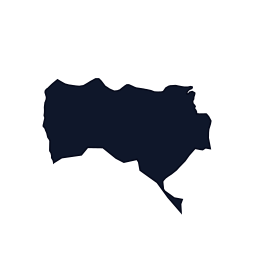 the district of Rehaid Albirdi, Southern Darfur, Sudan, rotated 32°
{"feature_id": "16777658B32181362177213", "entity_name": "Rehaid Albirdi", "entity_type": "district", "adm_level": 2, "iso_a3": "SDN", "parent_name": "Sudan", "parent_adm1": "Southern Darfur", "projection": "natural_earth1", "projection_center": [23.455, 11.002], "detail": "fine", "context": "isolated", "style": "filled", "palette": "ink", "viewbox_px": 256, "rotation_deg": 32, "n_neighbors": 0, "source": "geoboundaries", "source_scale": "gbopen_adm2", "svg_char_len": 2643}
<svg xmlns="http://www.w3.org/2000/svg" viewBox="0 0 256 256"><g transform="rotate(32 128 128)"><path d="M186.6,74.9L181.2,78.4L180.1,78.9L178.6,79.7L177.5,78.1L176.2,77.1L175.0,76.7L174.0,76.2L173.6,75.2L173.5,74.1L172.5,73.6L170.1,72.9L168.4,70.8L168.3,68.7L167.3,66.8L166.7,64.4L166.1,63.0L165.4,62.9L164.4,63.0L163.3,63.0L162.5,63.7L161.4,65.0L161.2,66.9L160.5,67.7L159.8,67.7L159.0,66.5L159.0,64.9L159.4,63.1L160.2,61.9L161.0,60.7L161.1,59.8L160.6,59.2L159.1,59.8L158.0,60.9L157.0,61.8L154.3,63.5L151.8,64.6L148.4,65.9L146.2,66.7L145.5,67.1L143.7,68.4L142.3,69.4L141.7,69.8L141.1,70.4L140.4,71.2L140.2,71.6L139.4,73.1L138.9,74.1L138.8,76.9L138.7,78.0L138.5,78.6L138.2,79.0L137.1,80.0L134.4,81.8L132.8,82.7L131.1,83.6L130.0,83.8L127.9,84.2L127.5,84.3L126.7,84.6L123.3,85.8L122.2,86.3L120.5,86.9L117.5,88.2L114.5,89.5L113.5,89.9L111.2,90.3L110.0,90.4L105.8,91.0L104.2,92.0L103.3,93.9L103.1,94.3L102.7,95.5L102.0,97.3L101.3,99.4L101.2,99.8L100.7,100.5L99.9,101.5L99.5,102.1L99.2,102.3L96.7,104.2L91.8,104.9L88.6,104.8L86.4,104.8L80.3,102.5L77.2,101.8L74.5,103.5L73.7,104.9L72.9,106.4L72.5,107.1L72.2,107.5L71.3,109.2L71.0,109.9L70.3,111.3L69.2,113.4L67.9,115.8L66.0,117.4L64.8,118.5L61.7,120.1L59.9,120.9L59.3,121.2L56.7,122.3L55.2,123.0L51.3,124.2L48.0,124.4L47.3,124.4L45.2,124.5L43.0,124.5L42.7,124.5L42.0,126.5L40.7,130.5L40.2,132.3L39.6,134.7L39.1,136.9L38.5,138.1L38.2,140.0L38.7,141.4L39.3,142.1L40.1,142.7L41.0,143.6L42.4,144.8L43.0,145.8L43.4,146.6L43.7,147.4L44.0,148.9L44.2,149.7L44.3,150.6L44.7,151.3L44.8,151.5L45.9,153.9L46.5,155.0L47.3,156.1L48.2,157.5L49.3,159.4L50.3,161.7L51.1,162.4L51.7,162.8L52.4,163.7L52.8,164.9L53.2,166.0L53.4,166.8L54.0,168.3L54.4,169.3L54.7,170.5L55.4,171.5L55.8,171.7L56.3,171.6L57.2,171.8L57.8,172.3L58.2,172.4L58.9,173.1L59.3,173.4L59.4,173.5L60.0,173.9L60.3,174.1L60.8,174.4L61.4,174.8L62.0,175.3L62.9,176.2L63.4,176.7L63.9,177.2L64.9,178.2L65.7,178.6L66.2,178.8L67.0,179.1L67.8,179.6L68.6,180.1L73.5,188.3L74.0,188.9L75.4,189.5L76.4,190.2L77.8,191.6L78.4,192.5L79.1,193.7L79.9,194.1L81.0,194.6L81.9,195.2L83.2,196.5L83.4,196.8L83.5,196.5L87.5,188.3L102.7,175.5L104.0,165.8L117.1,157.9L133.8,159.9L142.6,159.2L152.2,149.8L155.1,151.2L160.7,157.4L181.6,158.7L198.7,165.6L217.8,171.5L212.9,164.6L211.9,159.9L204.3,162.9L192.6,162.1L190.4,161.1L185.8,155.2L185.6,153.8L186.2,150.5L187.7,146.8L189.0,144.1L191.2,137.9L191.9,133.9L193.7,125.6L194.1,118.9L195.6,109.7L200.6,107.8L202.8,106.8L204.2,103.7L208.7,101.9L201.3,93.9L200.0,91.7L198.5,89.2L197.6,87.4L197.0,86.1L195.6,80.9L194.5,78.1L190.3,75.7L187.5,74.8L186.9,74.7L186.6,74.9Z" fill="#0f172a" stroke="#020617" stroke-width="1.5"/></g></svg>